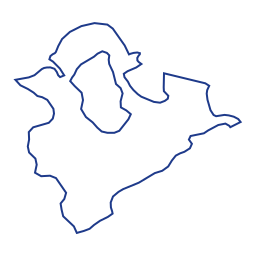 New Taipei City, Mercator projection
{"feature_id": "TWN-1167", "entity_name": "New Taipei City", "entity_type": "Special Municipality", "adm_level": 1, "iso_a3": "TWN", "parent_name": "Taiwan", "parent_adm1": "", "projection": "mercator", "projection_center": [121.596, 24.984], "detail": "fine", "context": "isolated", "style": "outline", "palette": "blue", "viewbox_px": 256, "rotation_deg": 0, "n_neighbors": 0, "source": "natural_earth", "source_scale": "10m", "svg_char_len": 1908}
<svg xmlns="http://www.w3.org/2000/svg" viewBox="0 0 256 256"><path d="M164.0,73.3L205.3,83.3L209.2,85.8L207.2,90.1L206.7,93.6L207.5,99.8L210.5,110.2L213.6,115.0L216.1,116.2L224.5,114.9L228.8,115.4L233.8,116.7L238.2,119.0L240.6,122.0L230.3,127.2L229.3,125.8L225.4,123.6L218.3,125.0L208.2,130.4L203.9,133.3L190.6,136.0L188.9,139.6L191.9,143.8L189.9,148.3L184.4,151.8L180.2,153.3L175.8,155.6L171.9,160.5L168.2,166.5L162.2,170.8L154.8,173.1L138.8,182.7L123.2,189.1L118.6,191.8L113.0,196.5L110.7,202.5L110.9,207.4L112.1,211.2L112.6,213.6L107.9,216.9L100.0,220.8L94.1,224.9L89.6,228.8L83.7,231.0L76.8,232.9L73.9,226.4L63.2,216.3L61.6,209.7L60.6,203.5L64.3,199.0L66.1,192.8L56.0,178.1L50.0,175.7L41.2,176.2L35.0,172.7L36.7,164.7L35.4,158.6L29.1,152.5L27.8,146.5L29.1,139.5L28.8,132.1L33.2,127.3L48.8,122.8L52.8,118.6L54.0,113.6L53.4,108.8L47.3,99.9L42.2,97.2L37.4,96.0L33.6,92.6L27.9,89.0L20.4,85.3L15.4,79.8L28.8,77.4L34.5,75.2L41.8,69.1L44.0,68.0L46.7,67.5L50.4,67.4L54.5,68.8L56.8,72.0L58.2,75.3L60.1,77.1L64.2,75.4L59.9,68.6L53.0,61.6L49.4,59.3L50.4,56.1L52.6,54.3L54.8,53.2L55.8,52.1L58.3,46.0L62.1,39.0L69.9,31.9L81.4,26.1L94.5,23.1L107.4,24.6L112.8,28.6L124.7,45.5L129.0,54.4L130.4,53.8L133.6,52.9L137.3,52.5L139.9,53.2L139.8,54.3L138.5,55.8L137.3,57.9L137.4,60.5L138.7,62.0L141.4,64.0L136.2,67.5L127.6,71.2L123.8,73.8L124.5,77.2L127.9,81.6L130.0,85.8L133.4,90.0L137.7,94.1L141.3,96.7L153.9,101.9L160.1,102.7L164.8,100.9L167.8,98.7L168.3,95.8L163.9,91.2L163.7,87.5L164.0,73.3ZM114.3,132.8L119.3,130.8L128.4,119.3L130.8,114.2L126.3,110.4L120.9,107.4L120.6,101.3L122.6,93.4L120.6,88.1L116.0,84.0L113.0,72.0L111.0,67.8L109.2,63.9L108.7,59.7L109.3,55.4L106.9,52.9L102.3,51.3L97.5,53.7L94.0,56.7L81.0,64.4L76.8,69.2L74.3,74.6L72.1,77.5L70.2,81.1L74.7,86.1L81.6,92.7L83.0,100.1L81.1,109.0L85.9,117.0L92.7,122.4L97.3,127.6L101.7,131.5L107.4,132.8L114.3,132.8Z" fill="none" stroke="#1e3a8a" stroke-width="2"/></svg>